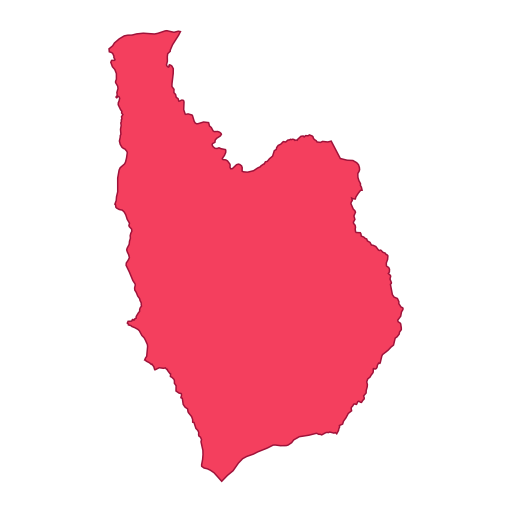 Sáchica, Boyacá, Colombia (Natural Earth projection)
{"feature_id": "7082276B53225686763348", "entity_name": "Sáchica", "entity_type": "district", "adm_level": 2, "iso_a3": "COL", "parent_name": "Colombia", "parent_adm1": "Boyacá", "projection": "natural_earth1", "projection_center": [-73.547, 5.577], "detail": "fine", "context": "isolated", "style": "filled", "palette": "rose", "viewbox_px": 512, "rotation_deg": 0, "n_neighbors": 0, "source": "geoboundaries", "source_scale": "gbopen_adm2", "svg_char_len": 6065}
<svg xmlns="http://www.w3.org/2000/svg" viewBox="0 0 512 512"><path d="M340.3,158.5L331.2,141.1L327.8,142.0L322.6,141.4L320.5,142.4L317.1,142.0L316.2,140.7L314.5,139.6L313.5,138.5L312.9,136.6L312.0,135.9L309.4,134.9L308.0,135.8L305.6,135.6L304.1,136.9L303.2,136.0L300.9,136.3L297.6,139.4L297.2,140.3L296.0,140.0L294.9,140.4L294.2,139.6L292.8,139.2L291.3,139.6L290.5,139.3L289.7,139.8L287.8,140.1L285.7,142.0L283.3,141.6L280.7,144.2L278.2,145.4L276.7,147.5L276.3,149.4L274.3,150.7L272.6,156.1L269.4,158.8L267.3,161.4L265.4,161.8L264.2,164.0L263.7,164.0L260.9,165.9L260.4,166.7L257.6,168.0L253.6,170.7L247.5,172.2L243.4,171.8L242.1,171.1L242.2,167.7L241.6,165.9L239.8,164.5L238.4,164.1L236.5,164.7L232.4,168.6L230.8,168.8L230.0,167.4L230.1,165.0L229.8,164.0L227.5,160.9L225.8,159.9L223.0,159.6L222.3,158.9L222.4,158.3L224.4,155.5L225.7,152.5L225.8,150.7L225.5,149.6L221.1,148.7L219.0,147.8L217.0,148.5L214.9,148.3L212.9,146.5L212.1,144.8L212.5,143.6L214.9,142.3L215.2,140.1L216.7,138.3L220.4,135.9L221.4,134.3L221.0,133.4L219.6,132.2L217.7,131.5L214.2,131.6L213.1,130.9L211.3,127.5L209.5,126.0L208.6,122.6L203.6,122.0L198.0,123.7L196.7,123.8L195.3,123.1L194.2,121.4L192.5,115.7L192.0,115.0L188.1,113.9L185.7,114.4L185.2,114.1L183.7,109.7L184.0,102.1L183.7,100.8L183.0,100.2L181.7,100.1L179.3,101.2L178.8,101.1L178.1,98.7L176.2,97.3L175.6,94.5L173.9,92.6L174.0,89.3L171.9,86.5L172.0,83.6L173.2,73.5L173.3,68.7L171.9,66.1L170.7,65.2L169.4,64.8L169.0,65.3L169.1,66.6L168.5,67.1L167.6,66.7L166.7,65.6L166.5,64.8L167.4,61.2L167.3,56.7L167.7,53.7L170.2,51.3L170.3,50.0L172.5,44.8L178.6,35.2L180.4,31.6L178.3,31.2L174.0,32.3L166.9,30.7L165.1,30.9L157.9,33.3L154.5,34.0L143.3,33.2L136.6,33.9L131.9,35.1L127.6,35.2L124.2,35.9L119.3,38.8L114.5,42.9L112.6,45.9L109.0,48.8L109.3,51.8L111.2,52.4L112.6,53.3L113.9,56.1L113.9,57.6L115.0,59.6L114.6,60.3L111.6,60.4L110.8,62.3L112.4,66.7L114.8,69.5L116.4,73.6L116.4,79.3L115.6,81.3L115.6,82.6L117.7,86.2L118.0,88.5L116.9,92.4L117.2,95.5L116.1,96.8L116.1,97.3L116.8,97.8L117.7,96.6L118.3,96.4L119.1,96.9L119.7,98.3L119.0,101.2L118.3,102.7L118.2,104.7L120.7,109.9L121.8,111.2L121.6,113.0L122.9,114.6L121.5,116.7L121.9,118.9L121.3,119.8L121.4,121.6L120.8,122.9L121.2,125.4L120.5,129.3L120.9,134.3L120.3,135.5L120.2,137.4L119.4,141.0L120.2,144.3L121.9,147.2L123.4,148.4L124.9,149.0L126.8,151.3L127.3,152.6L126.5,158.1L125.5,162.1L124.5,164.0L120.2,167.7L119.1,170.1L117.7,178.0L117.7,191.8L116.5,196.8L116.2,200.6L114.9,204.1L115.4,204.2L115.9,207.3L116.7,208.1L119.2,209.5L122.2,210.1L124.2,212.0L125.8,214.9L127.2,219.3L129.5,223.2L128.9,225.6L129.3,226.6L131.6,229.1L131.8,231.3L130.8,233.3L130.2,235.6L130.4,238.3L129.5,241.2L129.2,244.3L127.1,248.3L126.7,249.9L127.3,251.9L128.7,254.8L129.4,257.7L128.1,260.3L126.3,263.0L126.1,265.3L129.4,272.1L132.9,280.6L135.0,283.8L135.3,285.0L134.6,288.0L134.8,290.1L136.3,292.5L137.7,296.0L139.6,298.6L140.0,300.4L141.3,303.0L141.2,304.2L141.5,306.1L140.4,307.5L139.7,309.3L139.6,311.4L138.4,312.8L136.2,316.5L136.2,318.1L134.9,318.7L134.3,319.9L133.8,320.2L132.9,319.4L132.3,319.7L132.1,320.6L131.1,321.2L128.1,321.3L127.3,323.1L128.4,324.1L128.4,324.9L130.9,325.6L131.9,326.5L134.9,327.7L137.9,329.4L139.3,330.7L141.9,335.5L144.1,337.7L145.3,339.9L147.4,344.6L147.6,346.6L146.7,356.3L145.4,358.2L144.7,360.0L145.4,360.1L146.2,361.1L149.5,362.8L151.3,364.4L151.9,364.1L153.8,366.7L154.7,369.7L155.3,369.7L159.2,367.7L163.6,368.3L165.4,367.9L166.5,369.2L167.4,369.4L167.4,370.2L169.8,373.4L170.6,373.9L170.4,376.5L171.9,377.3L174.0,379.4L174.4,380.8L174.4,383.3L176.1,385.7L176.0,391.0L179.0,393.1L180.9,393.4L181.4,393.9L181.5,395.8L180.9,397.3L181.1,397.9L182.3,398.3L183.2,404.4L185.0,407.1L187.6,408.9L188.0,411.7L188.4,412.6L191.6,416.6L192.6,419.4L192.7,422.2L194.0,422.5L195.9,428.4L197.8,430.4L198.7,432.4L198.6,434.8L198.9,436.0L200.4,437.1L201.5,439.5L201.0,441.8L202.9,450.4L203.0,454.7L202.6,459.5L201.6,464.8L201.7,466.3L204.0,468.0L207.4,468.8L210.5,470.3L214.1,472.8L221.7,481.3L227.4,475.4L233.1,470.7L238.4,463.1L242.6,458.7L246.6,456.5L253.4,454.1L257.7,451.9L267.4,448.0L273.1,445.1L275.2,445.0L280.5,445.7L286.2,445.6L288.0,445.1L291.6,442.7L293.7,439.9L299.3,436.7L308.9,435.2L316.0,433.4L316.7,433.3L318.7,434.3L320.2,434.3L321.7,434.9L325.7,432.7L326.9,432.4L328.5,432.6L329.7,432.0L334.0,433.1L335.3,432.6L336.7,433.8L338.5,430.5L338.8,428.8L339.6,427.0L339.4,425.5L342.6,424.1L343.5,421.2L345.9,417.9L348.3,413.4L351.6,410.8L351.2,408.6L351.4,407.4L352.9,405.7L353.6,404.3L355.0,403.9L356.0,404.4L356.5,404.4L357.8,401.7L358.8,401.2L360.6,402.3L361.5,402.4L362.7,400.5L364.2,398.9L364.2,397.8L363.6,395.9L366.1,393.0L366.2,390.5L367.2,386.8L367.4,384.6L366.7,381.9L367.7,379.0L370.2,376.9L370.8,375.6L372.9,372.8L373.2,372.0L373.3,368.8L373.9,368.5L375.0,369.1L376.3,368.5L377.1,367.1L377.4,365.2L378.5,363.3L378.8,363.0L379.8,363.4L380.2,362.9L381.8,356.1L382.5,354.6L388.1,350.2L391.1,347.0L393.5,345.1L395.2,338.1L397.0,336.9L399.2,334.1L399.5,332.1L401.3,329.7L401.3,327.9L400.7,323.9L400.3,323.2L398.1,321.7L397.7,320.2L400.7,316.2L401.5,311.9L402.9,309.6L403.0,308.4L402.7,307.8L401.0,307.0L398.8,303.6L398.9,301.7L397.4,298.5L394.1,297.1L392.4,294.7L390.4,284.3L391.3,283.4L391.4,282.6L390.0,279.1L390.7,276.1L390.2,275.2L388.3,273.5L389.4,271.9L389.5,269.3L388.7,267.5L386.6,266.2L386.4,265.5L386.3,263.0L387.6,259.4L387.9,255.9L387.2,254.9L386.1,254.5L385.3,253.2L382.8,252.2L381.0,250.3L380.5,250.1L379.4,250.5L378.5,250.1L375.8,246.5L373.1,245.3L371.4,245.0L370.0,242.4L367.4,240.9L366.7,239.0L365.0,238.3L363.8,237.1L361.3,236.1L360.9,233.8L360.3,232.7L356.2,232.5L355.6,231.8L355.2,229.1L355.5,227.4L355.3,226.0L355.0,225.1L353.6,223.4L353.4,222.1L354.9,219.4L353.9,216.0L355.5,212.2L354.8,210.6L353.3,209.2L350.9,203.6L351.3,201.9L352.3,200.6L351.7,198.1L353.1,198.8L355.3,199.0L355.9,196.9L358.3,193.2L360.6,190.3L362.1,190.2L361.4,187.2L360.4,185.4L360.5,183.7L358.9,180.6L357.9,177.3L357.8,173.5L359.0,171.5L359.6,169.7L359.4,167.5L358.5,164.7L356.7,162.7L352.9,160.5L347.1,160.2L340.3,158.5Z" fill="#f43f5e" stroke="#9f1239" stroke-width="1.5"/></svg>